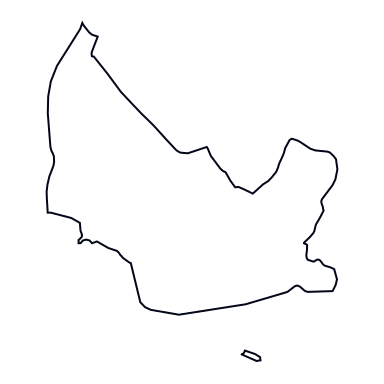 the Province of Groningen, rotated 180°
{"feature_id": "NLD-897", "entity_name": "Groningen", "entity_type": "Province", "adm_level": 1, "iso_a3": "NLD", "parent_name": "Netherlands", "parent_adm1": "", "projection": "mercator", "projection_center": [6.616, 53.2], "detail": "fine", "context": "isolated", "style": "outline", "palette": "ink", "viewbox_px": 384, "rotation_deg": 180, "n_neighbors": 0, "source": "natural_earth", "source_scale": "10m", "svg_char_len": 1992}
<svg xmlns="http://www.w3.org/2000/svg" viewBox="0 0 384 384"><g transform="rotate(180 192 192)"><path d="M336.3,171.3L337.1,184.7L337.4,192.3L336.5,199.6L334.6,207.7L330.6,218.1L329.9,221.9L330.1,227.5L331.1,230.5L332.5,233.0L333.6,237.1L336.2,270.7L335.8,287.6L333.2,302.5L327.0,318.2L303.9,354.8L301.7,361.0L301.6,360.8L300.0,358.1L294.9,351.7L292.0,349.3L286.3,347.4L292.3,331.7L292.4,329.8L292.1,327.8L290.1,327.3L276.3,310.0L263.1,292.1L252.2,280.5L242.3,270.1L237.0,265.0L230.3,258.4L217.9,244.7L208.0,234.1L206.4,232.9L203.7,231.4L196.2,230.7L178.8,236.5L177.2,237.0L176.7,236.1L176.2,235.4L173.2,228.1L163.5,215.2L160.6,212.7L159.0,212.2L158.2,211.4L153.6,203.3L148.8,196.7L145.7,197.1L140.5,194.9L131.2,190.4L120.9,199.7L115.7,203.0L112.0,206.9L107.7,212.3L105.8,216.9L105.6,218.0L104.8,220.4L101.3,228.0L100.1,231.0L98.9,235.7L94.4,244.0L92.1,245.3L86.3,243.4L83.8,242.0L73.7,235.3L68.8,233.6L56.8,232.4L54.3,231.6L50.6,228.2L48.0,224.8L46.6,214.7L48.6,204.6L51.5,198.8L62.0,184.8L62.7,182.9L62.6,181.6L62.3,180.2L61.8,178.8L61.3,177.6L61.0,175.6L60.4,173.4L64.0,166.4L68.2,159.2L69.6,153.1L70.6,151.0L74.5,146.5L79.2,142.1L80.0,141.2L80.0,140.7L78.1,139.9L77.4,139.5L76.9,138.9L77.0,134.3L77.7,128.4L77.2,125.8L76.2,124.2L71.0,122.5L70.0,122.5L69.3,122.9L67.7,124.0L66.7,124.4L65.8,124.4L65.0,124.2L64.0,123.6L62.9,122.3L61.2,119.9L60.1,118.9L59.1,118.3L53.8,116.7L49.8,114.9L47.0,104.6L48.4,98.9L51.4,92.9L76.3,92.1L79.2,93.1L84.2,97.5L86.9,98.5L89.3,97.7L96.5,92.1L138.5,79.7L205.1,69.3L233.0,74.1L238.9,76.8L243.7,81.8L253.2,120.9L254.7,121.5L261.5,126.4L262.1,127.6L263.4,128.6L264.8,130.8L266.8,133.0L275.7,136.0L287.0,142.5L292.0,140.8L294.4,143.5L297.8,144.4L301.1,143.5L303.5,140.8L305.4,140.8L305.4,144.0L303.2,146.0L302.1,147.4L302.1,149.5L303.5,153.4L304.1,161.1L312.7,166.0L333.1,171.3L336.3,171.3ZM123.5,23.7L127.4,23.0L143.0,29.9L141.7,29.8L140.7,30.4L139.8,31.6L139.1,33.4L129.0,30.0L124.0,26.9L123.5,23.7Z" fill="none" stroke="#020617" stroke-width="2"/></g></svg>